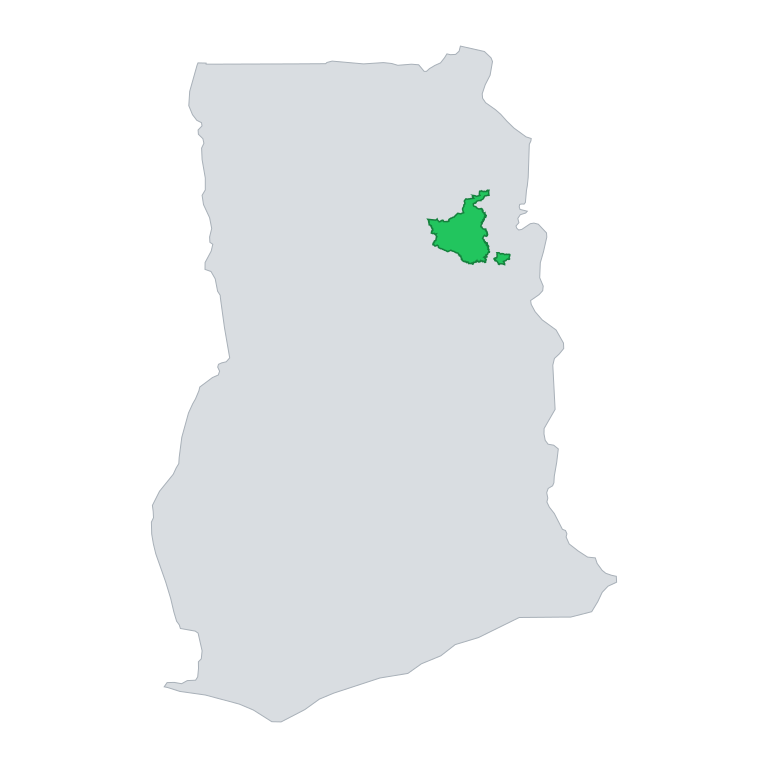 Mion, Northern, Ghana shown in context
{"feature_id": "2480657B42193515445029", "entity_name": "Mion", "entity_type": "district", "adm_level": 2, "iso_a3": "GHA", "parent_name": "Ghana", "parent_adm1": "Northern", "projection": "orthographic", "projection_center": [-0.239, 9.451], "detail": "fine", "context": "in_parent", "style": "filled", "palette": "green", "viewbox_px": 768, "rotation_deg": 0, "n_neighbors": 0, "source": "geoboundaries", "source_scale": "gbopen_adm2", "svg_char_len": 8619}
<svg xmlns="http://www.w3.org/2000/svg" viewBox="0 0 768 768"><path d="M484.4,51.5L491.0,57.8L492.5,61.5L490.1,75.2L485.2,84.8L482.2,93.8L482.6,98.3L485.6,102.7L495.6,109.8L500.8,114.4L507.0,121.3L514.0,128.1L526.1,136.9L531.2,138.5L530.9,140.9L529.3,144.3L528.2,177.3L527.3,185.8L526.5,190.1L525.4,202.4L524.1,204.1L521.8,204.0L519.7,204.4L519.2,206.9L520.0,209.4L527.3,211.2L525.7,213.0L520.3,214.7L517.8,218.4L518.9,222.7L516.0,226.0L516.8,228.3L518.7,230.0L521.8,229.4L530.3,223.7L533.9,223.1L538.3,224.2L546.5,232.9L546.8,237.1L543.5,251.6L540.3,262.8L539.7,277.7L543.2,286.1L542.7,290.7L539.0,294.7L530.6,300.5L531.2,304.4L535.1,311.7L542.2,319.9L556.1,330.0L563.5,343.1L563.7,348.5L559.4,353.8L554.4,358.5L552.8,365.2L555.1,409.4L544.1,428.5L544.0,434.0L545.2,440.3L548.1,444.2L553.7,445.2L558.3,448.9L556.7,462.3L554.3,476.1L553.9,482.7L552.6,485.8L548.2,488.4L546.7,492.7L547.8,498.1L546.9,502.0L549.3,507.1L554.3,513.5L562.4,529.3L565.5,530.5L566.9,533.8L566.1,537.0L569.2,544.0L578.2,551.0L587.6,557.1L595.3,557.9L597.1,563.4L602.1,570.3L605.8,573.3L611.6,575.3L616.3,576.3L616.6,582.2L608.0,586.2L602.2,592.3L597.8,601.6L591.7,611.7L570.6,617.1L562.5,617.1L519.2,617.5L478.6,637.5L455.2,644.6L440.8,655.8L421.4,663.8L407.9,673.4L379.9,678.0L333.8,693.1L319.4,699.1L304.8,709.6L281.1,721.9L271.8,721.7L253.3,710.0L239.3,704.1L205.3,695.0L179.8,691.4L167.6,687.5L164.2,686.8L167.1,682.6L174.2,682.4L181.6,683.7L187.3,680.6L195.6,680.2L197.7,676.9L198.5,668.5L198.4,661.8L201.3,658.8L202.1,650.8L198.1,633.1L195.2,631.1L180.4,628.5L179.3,624.9L176.6,621.2L173.9,612.1L170.7,598.5L165.6,581.7L155.8,553.9L153.4,544.0L151.7,534.0L151.4,522.1L153.5,517.7L153.2,511.5L152.4,505.4L159.5,491.3L173.3,474.2L176.2,467.9L178.8,463.6L179.2,457.4L181.8,437.3L188.5,413.0L192.7,403.8L195.5,398.9L198.9,390.8L199.8,387.0L212.5,377.5L218.3,375.0L219.6,371.2L217.7,367.1L218.5,364.3L221.6,362.9L226.2,361.8L229.7,357.9L224.5,327.8L220.4,297.9L220.2,295.3L217.6,291.2L215.2,278.8L211.0,271.5L205.0,269.4L205.1,262.5L211.2,251.1L212.8,244.3L209.9,242.3L209.6,237.0L211.7,228.5L210.7,223.3L209.6,217.7L203.5,204.6L202.1,195.3L205.3,189.9L205.3,178.0L202.1,159.6L201.6,148.1L203.9,143.3L202.9,138.7L198.4,134.3L198.1,130.0L202.0,125.9L201.5,122.7L196.8,120.3L192.5,114.7L188.8,105.7L189.7,91.4L197.1,65.1L198.0,62.9L206.1,63.1L206.1,64.2L231.2,64.1L260.0,64.0L294.3,63.9L325.6,63.7L326.9,62.5L332.1,61.1L363.6,63.9L383.4,62.6L391.7,63.5L397.8,65.3L411.5,64.2L418.7,64.8L424.2,71.4L426.4,71.4L429.5,68.6L434.9,65.4L440.5,62.9L444.5,57.8L446.9,53.9L450.5,54.7L455.6,54.4L459.1,51.2L460.4,46.1L484.4,51.5Z" fill="#d9dde1" stroke="#a8b0b8" stroke-width="1"/><path d="M488.9,190.4L488.5,190.5L488.3,190.3L487.9,190.5L487.9,190.3L487.4,190.2L486.8,190.7L486.7,191.4L486.0,191.6L484.3,191.3L483.9,191.6L483.1,191.6L482.8,191.2L481.9,191.3L481.4,190.9L481.3,191.1L480.6,191.2L479.9,191.1L479.6,191.3L479.3,194.4L480.0,195.4L476.5,196.4L474.9,195.7L472.7,195.4L473.3,195.9L473.1,196.4L472.5,196.7L472.9,197.4L473.3,197.5L473.3,198.0L473.6,198.3L470.5,198.6L469.9,198.9L468.7,198.9L467.8,199.2L465.9,198.9L464.4,200.8L464.3,201.3L464.9,202.9L464.8,204.0L463.9,204.8L463.8,205.5L463.9,206.4L463.0,207.7L462.5,209.0L463.2,211.8L463.6,212.4L463.7,212.7L461.8,213.3L460.8,213.9L457.9,213.3L457.8,213.5L457.4,213.6L457.2,213.9L456.5,214.5L456.2,215.0L455.5,215.3L454.3,217.0L453.1,217.2L451.4,218.2L450.7,218.2L450.5,218.4L450.6,218.5L449.5,219.0L449.2,219.6L448.9,219.6L448.8,220.6L448.6,220.8L448.9,221.1L448.7,221.4L447.8,221.4L447.6,221.6L447.1,221.7L446.8,221.5L445.9,221.6L443.7,221.6L443.0,220.8L443.1,220.5L442.6,220.5L442.4,220.3L442.2,220.5L441.4,220.5L441.0,221.1L440.8,221.0L440.0,221.7L439.1,221.8L438.8,221.2L437.9,220.6L437.6,220.1L437.4,220.0L437.1,219.0L436.5,219.6L435.7,220.1L435.2,220.1L427.8,219.3L428.2,219.9L428.8,220.3L428.6,220.7L429.0,221.3L428.7,221.5L428.9,221.9L428.8,222.4L429.1,222.6L429.0,223.3L429.2,224.6L429.4,224.5L429.8,224.7L430.0,225.1L430.3,225.2L430.3,225.3L430.6,225.4L430.6,225.6L430.9,225.6L431.0,225.8L431.3,225.8L431.2,226.5L431.5,226.7L431.4,227.1L431.6,227.6L432.2,228.1L432.0,228.3L432.5,228.7L432.4,229.2L432.7,229.3L432.6,229.7L432.8,230.5L432.5,230.8L432.2,230.7L431.7,231.0L431.6,231.5L431.7,231.8L431.4,232.6L431.4,233.1L431.9,233.1L432.7,233.6L433.4,233.6L434.1,233.3L434.4,233.4L434.7,233.8L434.9,234.3L436.1,234.0L435.8,234.4L435.9,235.2L436.3,236.0L436.7,236.3L436.9,236.7L436.7,237.1L436.4,237.2L435.8,240.5L434.7,240.8L434.2,241.3L434.4,242.0L433.9,242.3L433.7,243.0L433.2,243.2L433.4,243.8L433.1,243.8L432.9,244.2L433.0,244.8L434.0,245.0L434.9,246.0L435.2,245.8L435.8,246.0L436.8,245.3L437.5,245.2L438.3,246.1L438.4,246.7L438.3,247.0L438.8,247.7L439.2,247.8L440.6,248.7L441.2,248.6L441.7,248.7L442.7,249.4L443.3,249.4L444.5,250.2L446.2,250.7L447.2,251.5L447.9,251.6L450.9,250.2L452.2,251.0L454.2,251.5L454.9,252.1L455.9,252.4L456.1,252.8L457.9,253.0L458.5,254.2L459.4,254.6L459.3,254.8L459.5,255.0L459.3,255.1L459.5,255.2L459.5,255.9L460.1,256.0L460.6,256.3L460.7,256.5L460.9,256.4L461.0,257.4L461.3,258.1L461.5,258.2L461.4,258.7L461.8,258.7L461.9,259.2L461.7,259.4L462.2,259.7L462.1,260.0L462.2,260.5L463.3,261.0L463.5,261.4L464.4,261.3L464.7,261.7L465.6,261.4L465.9,262.1L466.3,262.3L466.5,262.1L466.9,262.6L467.6,262.0L468.1,262.3L468.3,262.3L468.3,262.5L468.5,262.7L468.5,263.2L468.8,263.3L468.9,263.6L469.7,263.4L470.5,263.6L471.1,263.4L471.6,263.4L471.9,263.1L472.2,264.0L472.9,264.2L473.3,263.5L473.2,263.0L473.6,262.9L473.9,262.2L474.5,262.4L475.0,262.3L475.5,262.0L475.7,261.4L476.3,261.6L476.3,261.3L476.6,260.9L476.6,261.5L477.0,261.1L477.8,261.1L478.1,261.3L478.0,261.6L478.2,261.8L478.3,261.7L478.6,261.9L478.9,261.7L479.5,261.9L479.7,261.4L480.4,261.5L480.4,261.1L480.8,260.8L480.9,260.5L481.7,261.1L482.5,261.0L482.6,261.6L482.9,261.8L483.5,261.5L483.9,261.3L484.6,261.2L484.7,262.4L484.9,262.5L485.6,262.2L485.6,260.7L486.2,259.9L486.1,259.5L485.6,259.6L485.6,259.2L485.4,259.2L485.1,258.6L485.0,258.0L484.6,257.9L484.5,257.5L483.9,257.2L484.6,256.7L485.8,257.5L486.2,257.0L486.9,257.0L487.0,256.7L486.7,256.2L486.2,256.0L485.7,255.3L486.1,254.6L486.9,254.8L487.6,254.3L487.7,253.4L488.1,253.0L488.1,252.5L488.6,252.3L489.3,252.3L489.5,251.8L489.4,251.6L488.7,251.5L488.9,249.6L488.1,249.4L488.5,248.7L488.0,248.1L488.3,247.9L488.4,247.6L487.7,246.8L488.6,246.2L487.7,245.1L487.3,245.1L486.8,245.4L486.3,244.9L486.5,244.5L487.3,244.0L487.2,242.9L486.1,242.7L485.9,243.2L485.6,243.2L484.7,242.5L485.1,241.6L484.1,241.2L483.9,240.6L484.2,240.4L484.2,240.0L482.6,238.5L483.3,236.9L484.4,235.3L485.5,236.1L486.0,235.9L486.6,236.2L486.8,235.6L487.3,235.5L487.6,234.5L487.3,234.1L487.0,234.0L487.4,233.5L487.3,233.1L486.9,232.9L487.1,232.3L486.8,231.4L486.7,231.3L486.4,231.5L486.1,231.1L486.1,230.7L485.6,230.6L485.4,230.1L485.9,229.5L485.8,229.1L483.6,229.1L483.0,228.8L482.2,227.9L481.8,227.0L481.2,227.0L480.9,226.7L480.9,226.2L481.0,225.4L481.8,224.1L482.3,223.0L481.4,222.8L481.4,222.4L481.9,221.9L483.2,221.4L483.3,221.2L482.9,220.6L482.8,220.0L483.2,219.6L483.3,219.7L483.4,220.1L484.1,220.2L484.2,220.4L484.2,219.3L483.9,218.7L484.1,218.4L484.4,218.2L484.3,217.3L484.8,216.3L485.2,216.6L485.2,217.3L485.6,217.3L485.6,216.7L485.9,216.2L486.2,216.0L486.2,215.5L485.6,215.5L485.1,215.2L485.4,214.7L485.3,214.3L484.5,214.3L484.8,212.8L484.1,213.1L484.0,212.9L483.5,212.8L482.8,212.0L482.9,211.4L483.1,211.0L482.9,210.9L482.4,211.1L482.2,210.8L482.6,209.8L482.4,209.2L481.7,209.1L481.8,208.9L481.4,208.5L478.9,209.0L478.1,208.7L476.9,208.0L475.8,206.7L473.8,206.2L473.4,205.4L473.4,204.6L473.4,203.6L474.6,203.2L475.1,202.7L475.5,203.1L476.0,202.7L476.5,201.5L477.5,200.9L478.7,200.6L480.9,200.6L480.9,200.1L482.7,199.2L483.5,198.5L483.7,197.4L484.0,196.9L484.4,196.9L484.8,195.9L485.7,195.7L486.8,195.7L487.5,195.2L488.4,195.4L489.0,195.3L488.8,194.3L488.6,191.7L488.9,190.4ZM509.9,259.4L509.2,258.4L509.1,257.7L509.7,255.8L509.6,255.2L509.9,254.9L509.6,254.4L509.1,254.3L508.8,254.5L508.2,254.3L507.8,254.5L506.4,254.2L506.2,254.5L505.5,254.4L504.7,254.6L503.7,253.9L502.7,253.6L502.3,253.8L501.6,253.6L501.1,253.9L500.5,254.0L499.2,252.8L498.7,252.7L496.9,252.8L497.1,253.2L497.0,254.7L497.2,255.8L496.7,257.8L496.3,258.0L495.7,257.8L494.9,258.2L494.5,258.2L494.2,258.4L494.0,258.7L494.1,259.2L494.4,259.4L495.2,259.6L494.9,260.6L495.4,260.9L496.1,260.6L496.3,260.7L497.2,261.6L498.1,263.0L498.5,263.3L498.4,264.0L499.1,264.5L499.9,263.8L502.3,263.8L504.6,264.6L504.6,263.5L504.2,263.0L504.0,262.0L503.5,261.4L505.3,260.7L505.7,260.7L506.0,260.5L506.6,259.6L507.6,259.0L508.7,259.4L509.5,259.2L509.9,259.4Z" fill="#22c55e" stroke="#15803d" stroke-width="1.5"/></svg>